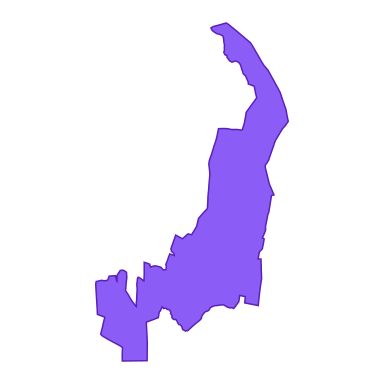 the district of Subukia, Rift Valley, Kenya
{"feature_id": "3690345B83042019153785", "entity_name": "Subukia", "entity_type": "district", "adm_level": 2, "iso_a3": "KEN", "parent_name": "Kenya", "parent_adm1": "Rift Valley", "projection": "robinson", "projection_center": [36.175, 0.026], "detail": "fine", "context": "isolated", "style": "filled", "palette": "violet", "viewbox_px": 384, "rotation_deg": 0, "n_neighbors": 0, "source": "geoboundaries", "source_scale": "gbopen_adm2", "svg_char_len": 4414}
<svg xmlns="http://www.w3.org/2000/svg" viewBox="0 0 384 384"><path d="M233.7,308.5L235.2,306.7L238.8,301.7L239.7,295.5L245.3,296.6L244.7,302.9L255.9,305.1L258.2,305.6L259.5,293.4L260.4,286.5L261.6,278.5L261.3,270.5L261.0,259.0L258.1,259.0L259.3,252.2L260.4,250.9L262.4,248.7L262.7,246.8L263.3,244.1L263.9,240.7L264.0,239.8L264.2,238.9L262.4,237.8L263.7,235.0L264.7,232.5L265.0,231.8L265.2,231.2L265.7,229.4L265.5,228.2L265.5,227.1L265.7,225.5L266.1,223.6L266.6,221.0L266.8,220.4L266.9,219.6L267.1,218.6L267.4,216.7L267.6,215.8L267.8,214.8L268.0,214.1L268.2,213.5L268.5,212.9L268.8,212.2L271.5,195.5L274.0,194.9L269.5,184.4L269.2,183.9L269.1,183.1L268.8,182.0L268.6,180.8L268.3,180.0L267.9,178.3L267.8,177.7L267.5,176.6L266.6,172.9L265.5,168.4L265.2,166.4L265.3,165.4L265.6,164.8L267.1,162.7L268.2,160.9L268.8,159.8L269.4,157.7L273.4,146.3L274.4,143.2L274.6,142.6L275.0,141.7L275.2,141.0L275.6,140.2L276.0,139.4L276.4,138.9L282.3,129.0L285.5,125.4L288.3,121.3L287.7,118.8L287.0,115.5L286.8,114.1L286.6,113.1L286.1,110.1L285.9,109.3L282.8,100.5L280.5,93.4L280.0,92.1L279.6,91.4L279.3,90.9L278.8,89.9L278.5,89.2L276.5,85.7L274.5,81.9L274.0,81.0L271.0,75.6L267.9,70.0L266.9,68.9L266.4,68.3L265.9,67.7L265.0,66.6L264.1,65.7L263.5,64.7L262.0,62.5L261.2,61.0L258.6,56.4L255.7,51.5L254.2,48.8L252.7,46.2L250.4,42.7L247.1,39.9L245.5,38.6L242.9,36.3L240.5,34.3L236.2,30.7L232.8,27.9L231.1,26.6L228.7,24.5L226.3,23.0L223.1,23.8L221.4,24.4L218.7,25.1L215.2,26.0L213.1,26.6L211.0,27.8L211.4,29.1L212.2,30.5L214.6,32.3L216.8,33.7L219.2,34.2L221.1,35.0L223.1,36.2L223.6,39.2L224.0,42.8L224.5,45.1L224.3,47.3L224.4,50.1L223.8,52.5L225.1,54.9L227.0,55.4L227.0,57.4L228.7,59.5L229.4,60.7L231.8,62.1L232.6,62.0L233.5,61.7L235.6,60.9L238.7,62.4L240.5,64.9L241.2,67.1L241.7,69.4L242.7,71.6L243.2,73.8L244.9,75.3L245.5,76.0L245.9,76.8L247.1,79.6L248.2,81.9L248.3,84.0L254.2,86.2L255.0,90.2L255.4,92.6L256.7,97.6L256.4,98.2L256.0,98.8L251.3,105.2L246.2,112.3L245.6,116.4L244.9,120.1L244.4,122.9L243.6,125.7L242.9,127.8L242.2,129.9L240.5,130.0L237.6,129.5L234.3,129.5L231.5,129.5L227.0,128.6L222.1,128.5L218.5,128.7L217.4,134.0L217.0,136.3L215.7,141.2L214.0,146.0L213.0,149.4L211.6,154.1L210.6,156.8L209.4,160.2L208.8,164.0L209.5,169.9L209.6,171.0L209.8,175.1L209.3,180.6L208.9,185.4L208.6,190.1L208.1,194.9L207.9,197.9L207.9,199.8L207.4,208.5L204.6,211.5L203.0,213.2L198.5,218.4L197.6,222.3L196.7,226.2L194.8,229.5L191.6,234.7L188.0,233.9L185.6,236.0L184.1,237.3L182.5,238.8L175.7,235.1L170.9,248.8L171.5,251.5L172.9,252.4L174.1,253.9L174.3,255.5L169.8,253.9L168.6,256.8L167.8,259.4L166.9,261.9L165.8,264.3L166.3,266.7L165.9,269.6L163.5,270.0L160.8,267.2L158.6,266.6L156.4,266.0L154.0,265.9L150.6,267.0L149.7,264.2L146.9,263.1L144.2,262.3L144.2,268.2L144.2,275.2L143.9,280.9L142.3,279.8L140.4,278.2L138.1,277.2L137.4,278.7L137.2,281.1L136.8,284.3L137.1,288.6L137.1,290.4L136.9,293.5L136.7,297.7L136.6,300.4L136.2,303.0L136.4,304.5L136.3,306.5L135.2,305.4L133.7,303.3L131.7,300.8L130.8,299.1L129.5,297.0L128.3,294.7L127.2,293.1L125.6,290.7L125.9,286.8L126.2,283.2L126.5,280.3L126.8,277.3L126.5,272.3L124.2,270.6L122.2,270.1L120.2,270.5L117.0,275.4L117.1,282.3L115.4,275.7L109.2,276.1L107.7,280.1L105.5,280.7L103.9,280.7L101.4,280.3L98.1,281.1L96.2,281.5L95.7,284.1L96.1,291.2L96.7,301.1L97.2,309.4L97.4,314.4L104.8,317.2L103.9,320.8L103.1,323.9L102.6,326.6L101.6,330.3L100.7,334.3L102.6,336.1L107.3,338.9L112.4,341.7L117.1,344.2L120.2,345.9L122.5,347.5L122.4,349.8L122.2,355.7L122.3,361.0L130.3,360.9L139.1,360.8L147.1,360.7L147.2,351.5L147.3,343.0L147.1,338.1L146.7,329.7L146.4,324.8L146.4,322.1L153.0,319.7L158.3,317.6L159.3,311.8L160.6,310.7L160.7,310.0L162.1,306.9L162.6,307.3L163.7,308.6L164.3,308.4L164.9,308.4L166.2,308.3L166.7,308.9L167.2,309.4L168.5,309.6L169.4,309.8L170.8,312.0L170.6,313.6L172.0,315.6L171.9,317.5L172.9,318.9L174.4,319.6L175.8,319.4L176.7,320.7L177.4,322.0L177.8,323.0L178.8,324.5L180.3,324.8L181.9,326.6L182.0,327.6L182.8,329.7L183.5,329.9L184.0,330.2L185.4,331.1L186.2,330.7L187.6,330.8L192.7,326.1L196.7,322.7L198.8,321.1L199.2,320.8L199.8,320.2L200.8,319.2L201.4,318.3L201.6,316.7L202.7,314.7L204.5,312.5L205.1,311.9L205.8,311.6L207.1,311.2L208.6,310.5L209.3,309.6L210.3,307.7L212.5,306.5L214.8,305.7L216.7,305.6L218.4,305.3L219.3,305.1L221.6,305.0L222.5,304.9L223.3,304.7L225.2,305.8L226.6,306.7L228.5,307.5L230.2,307.9L231.9,307.7L233.7,308.5Z" fill="#8b5cf6" stroke="#5b21b6" stroke-width="1.5"/></svg>